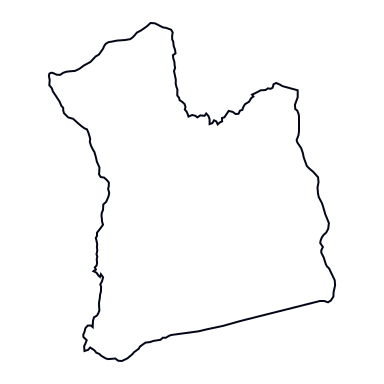 outline of Cabeceiras, Goiás, Brazil
{"feature_id": "56859067B98559858488802", "entity_name": "Cabeceiras", "entity_type": "district", "adm_level": 2, "iso_a3": "BRA", "parent_name": "Brazil", "parent_adm1": "Goiás", "projection": "albers", "projection_center": [-47.024, -15.748], "detail": "fine", "context": "isolated", "style": "outline", "palette": "ink", "viewbox_px": 384, "rotation_deg": 0, "n_neighbors": 0, "source": "geoboundaries", "source_scale": "gbopen_adm2", "svg_char_len": 3250}
<svg xmlns="http://www.w3.org/2000/svg" viewBox="0 0 384 384"><path d="M276.2,83.0L273.6,84.2L272.6,87.7L270.6,88.8L267.8,88.4L265.6,90.0L260.8,90.3L254.8,93.4L252.1,94.6L253.4,96.5L251.2,98.1L249.0,101.8L245.0,104.2L243.4,106.8L242.3,109.9L240.0,110.6L238.5,113.8L235.6,114.0L232.7,111.9L228.7,110.9L226.7,113.9L224.4,117.3L222.0,118.0L222.1,121.4L219.6,122.6L217.7,124.4L216.3,121.4L214.0,120.3L212.4,123.1L209.6,124.1L209.6,119.3L208.5,116.1L206.2,113.5L204.6,115.8L200.3,115.4L197.3,117.4L195.4,115.8L192.1,115.0L188.5,116.6L187.6,113.9L186.6,111.6L184.8,109.6L185.5,107.1L184.6,104.1L182.6,102.2L179.6,100.1L179.0,97.7L177.3,95.5L177.3,92.8L177.4,89.4L176.4,86.8L175.7,83.6L175.8,79.6L174.7,74.4L174.0,71.0L175.1,68.0L174.6,65.1L174.4,62.0L173.3,58.4L172.9,55.2L175.5,53.4L175.1,50.0L173.7,46.0L173.2,41.5L172.2,39.5L172.1,35.9L172.7,32.5L171.1,29.7L165.8,27.8L162.9,27.4L157.9,24.8L154.9,23.3L150.5,23.0L147.4,25.9L145.4,27.4L140.9,30.5L136.9,32.6L134.3,35.7L132.7,37.3L130.3,39.1L125.2,40.0L116.9,40.6L112.4,41.5L108.4,42.2L105.7,43.8L104.2,46.0L103.1,48.6L99.0,54.5L95.6,56.5L90.5,61.9L83.9,65.5L79.4,68.8L75.0,70.9L68.9,71.4L65.7,71.9L63.1,72.9L60.1,74.9L56.3,74.6L53.5,73.2L51.4,72.7L49.4,73.6L48.9,75.9L49.7,80.1L49.3,85.2L51.9,88.4L52.9,91.5L55.0,94.6L57.1,97.8L59.6,101.6L61.3,105.7L63.2,107.9L63.2,110.4L64.0,113.2L68.2,117.4L73.1,118.8L78.9,124.0L81.4,126.1L84.4,128.3L87.0,129.4L88.5,133.0L89.4,136.0L90.2,138.8L89.8,142.0L91.1,146.0L93.0,149.8L94.4,152.0L95.8,156.9L96.9,161.8L99.4,167.4L99.3,171.0L99.0,174.3L100.7,177.0L104.1,177.6L107.1,180.3L108.9,182.7L108.7,186.6L108.1,188.9L109.2,192.8L108.6,196.1L107.4,199.0L106.2,201.8L103.3,204.5L103.0,210.0L101.7,213.0L101.5,215.9L101.9,218.9L102.0,221.3L103.0,224.7L101.4,227.0L99.6,229.4L97.0,232.7L97.0,235.9L95.8,238.0L96.5,240.7L97.2,244.3L96.9,247.1L97.3,250.4L96.5,254.2L97.3,256.5L96.7,259.2L97.1,262.9L96.6,265.5L94.8,267.4L95.9,269.5L93.5,271.2L96.5,272.7L98.3,275.4L100.0,276.9L100.9,274.2L103.1,277.3L102.0,281.3L100.3,284.4L101.1,286.7L100.9,291.9L100.1,294.5L99.8,298.3L99.0,302.7L99.1,306.9L99.4,310.4L98.3,313.3L96.9,315.6L94.0,317.3L93.0,320.8L92.8,323.7L92.7,327.1L90.9,325.5L87.7,325.6L85.4,328.2L84.5,331.9L83.3,334.6L83.4,337.0L86.7,340.2L85.2,344.1L84.1,346.2L84.5,351.0L88.1,349.9L90.2,347.5L94.4,350.3L96.3,352.7L99.2,353.9L101.4,355.9L105.9,358.5L108.3,359.1L115.3,358.5L118.1,360.7L121.9,361.0L127.5,358.3L132.5,354.1L133.9,352.3L138.8,348.7L139.9,346.6L145.5,342.6L149.9,342.1L153.5,340.9L160.5,339.8L162.9,337.7L165.7,337.8L168.9,335.9L171.1,335.0L198.6,331.3L207.4,329.2L223.0,325.9L240.4,321.0L319.9,301.0L324.2,301.0L328.0,302.3L330.9,300.5L333.4,296.6L333.6,292.1L334.2,289.4L335.1,285.3L334.7,280.2L329.0,268.3L327.3,266.8L326.0,264.7L323.7,257.5L321.3,252.7L321.3,250.3L322.9,247.0L320.2,243.0L320.7,240.3L321.9,237.3L323.7,234.8L326.2,232.6L328.2,228.8L328.9,223.1L325.2,214.0L322.7,205.3L321.8,202.9L318.8,197.2L318.0,193.5L317.5,187.5L318.5,182.4L318.1,177.3L313.2,171.8L308.8,168.1L306.7,165.7L303.7,157.3L302.9,153.2L301.2,148.2L297.4,142.6L296.6,140.1L298.5,135.2L299.0,131.2L299.0,116.9L298.6,114.0L297.2,110.5L295.3,109.1L294.9,104.9L297.7,97.2L297.7,90.3L282.4,86.1L279.9,84.6L276.2,83.0Z" fill="none" stroke="#020617" stroke-width="2"/></svg>